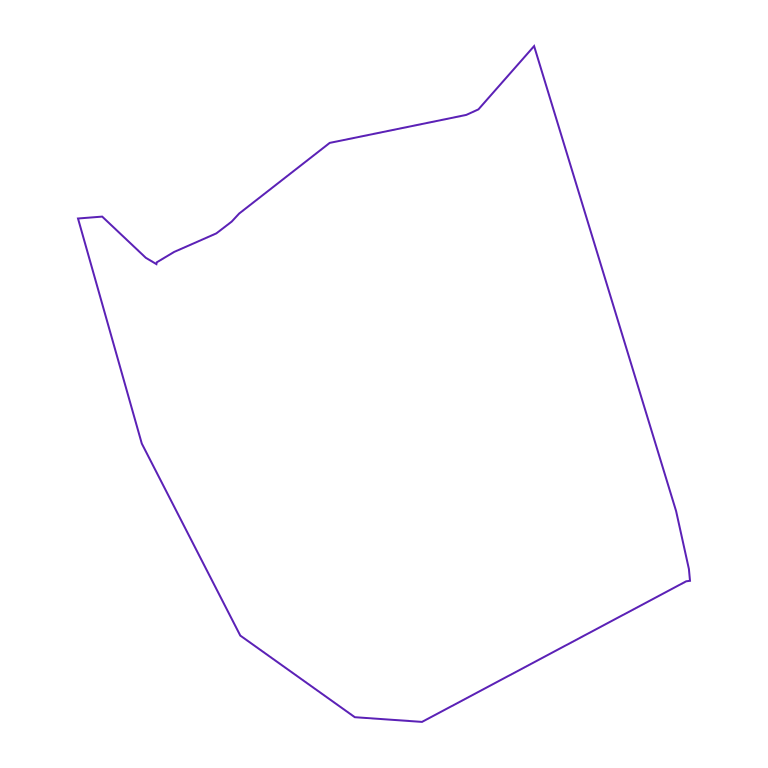 an SVG outline of Saint Michael
{"feature_id": "BRB-1996", "entity_name": "Saint Michael", "entity_type": "Parish", "adm_level": 1, "iso_a3": "BRB", "parent_name": "Barbados", "parent_adm1": "", "projection": "orthographic", "projection_center": [-59.609, 13.123], "detail": "fine", "context": "isolated", "style": "outline", "palette": "violet", "viewbox_px": 768, "rotation_deg": 0, "n_neighbors": 0, "source": "natural_earth", "source_scale": "10m", "svg_char_len": 389}
<svg xmlns="http://www.w3.org/2000/svg" viewBox="0 0 768 768"><path d="M422.0,721.9L354.8,717.2L240.3,635.6L141.8,443.6L78.0,218.5L102.2,216.6L145.8,257.8L156.4,264.1L156.8,262.3L174.2,251.9L216.3,233.4L231.7,221.6L239.2,213.5L329.7,142.9L466.3,114.9L478.4,109.4L534.1,46.1L676.1,511.1L688.9,569.0L690.0,580.8L686.2,581.3L422.0,721.9Z" fill="none" stroke="#5b21b6" stroke-width="2"/></svg>